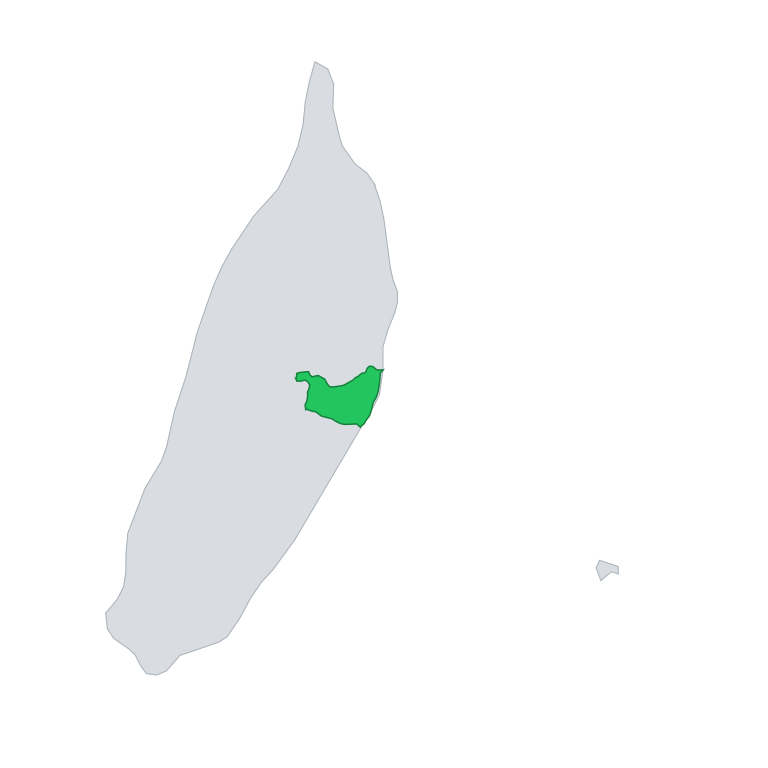 Taiwan, with Yunlin highlighted, rotated 186°
{"feature_id": "TWN-1176", "entity_name": "Yunlin", "entity_type": "County", "adm_level": 1, "iso_a3": "TWN", "parent_name": "Taiwan", "parent_adm1": "", "projection": "equal_earth", "projection_center": [120.426, 23.673], "detail": "fine", "context": "in_parent", "style": "filled", "palette": "green", "viewbox_px": 768, "rotation_deg": 186, "n_neighbors": 0, "source": "natural_earth", "source_scale": "10m", "svg_char_len": 1811}
<svg xmlns="http://www.w3.org/2000/svg" viewBox="0 0 768 768"><g transform="rotate(186 384 384)"><path d="M509.9,566.6L501.3,588.6L494.4,611.8L491.6,633.8L491.8,656.5L489.8,676.9L486.4,697.2L472.8,691.4L465.4,676.9L463.7,653.1L453.8,624.3L450.1,616.1L435.9,600.0L423.0,592.0L413.0,580.2L414.3,581.2L406.9,565.2L401.4,548.2L389.8,500.1L385.8,488.4L380.5,477.8L379.0,467.3L380.8,455.7L385.8,438.2L388.9,420.7L386.4,396.8L387.4,373.2L391.2,362.7L456.7,219.2L474.4,188.7L485.3,173.8L494.4,156.9L503.1,135.6L513.6,116.1L521.2,110.1L558.6,92.7L570.3,76.0L579.6,70.8L590.2,71.1L597.1,79.1L603.2,88.5L609.7,93.6L626.3,102.8L633.6,111.7L636.9,127.1L626.9,141.7L621.9,154.8L621.1,169.4L622.9,189.1L623.2,208.8L610.8,255.2L597.3,284.1L593.7,298.6L589.6,334.4L581.8,370.3L575.1,416.0L564.1,463.1L557.8,482.8L550.0,501.6L531.2,537.3L509.9,566.6ZM147.8,211.1L153.8,223.5L151.2,231.2L132.1,227.1L131.1,219.6L138.3,221.0L147.8,211.1Z" fill="#d9dde1" stroke="#a8b0b8" stroke-width="1"/><path d="M386.3,398.1L388.7,394.7L388.6,384.0L389.0,376.0L390.5,369.6L392.8,364.6L393.5,358.1L394.7,352.4L395.4,350.4L398.6,345.1L399.2,343.4L399.6,342.4L402.6,339.6L403.0,338.6L407.0,341.4L418.7,339.7L422.7,340.0L426.2,341.1L432.4,344.0L442.8,345.5L449.3,349.4L452.3,349.3L458.7,350.9L459.2,350.4L460.3,355.1L459.2,358.2L458.6,362.9L459.2,367.9L458.2,371.2L457.7,375.0L459.8,378.0L462.9,379.7L466.5,378.3L470.9,377.7L472.3,380.1L472.0,380.0L471.8,383.3L471.8,385.5L469.7,386.4L463.5,387.9L460.2,388.3L458.9,385.7L456.4,383.6L452.0,385.1L450.0,385.5L443.3,382.5L440.7,378.6L437.9,375.6L434.2,375.8L427.5,377.4L423.7,378.7L415.1,384.8L413.1,387.3L410.7,388.8L407.0,392.5L404.2,393.1L403.1,395.0L402.2,398.2L400.1,400.3L396.9,400.2L392.5,397.2L386.9,397.9L386.8,398.0L386.3,398.1Z" fill="#22c55e" stroke="#15803d" stroke-width="1.5"/></g></svg>